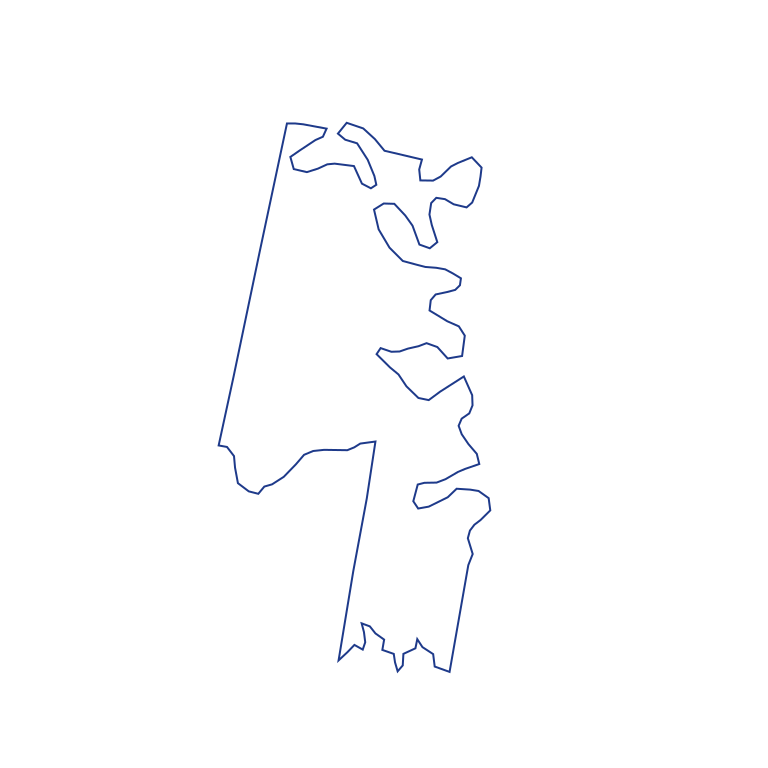 Godoy Moreira, Paraná, Brazil, rotated 139°
{"feature_id": "56859067B87274416555752", "entity_name": "Godoy Moreira", "entity_type": "district", "adm_level": 2, "iso_a3": "BRA", "parent_name": "Brazil", "parent_adm1": "Paraná", "projection": "equal_earth", "projection_center": [-51.924, -24.155], "detail": "fine", "context": "isolated", "style": "outline", "palette": "blue", "viewbox_px": 768, "rotation_deg": 139, "n_neighbors": 0, "source": "geoboundaries", "source_scale": "gbopen_adm2", "svg_char_len": 2122}
<svg xmlns="http://www.w3.org/2000/svg" viewBox="0 0 768 768"><g transform="rotate(139 384 384)"><path d="M208.1,528.5L230.6,559.7L230.2,574.8L232.0,590.5L240.8,605.6L254.5,603.2L253.0,593.8L246.4,583.3L249.2,563.9L254.8,547.3L259.1,539.4L265.5,540.3L269.2,549.7L263.7,568.2L276.7,582.7L282.7,587.0L292.6,589.9L303.2,594.5L311.1,605.4L305.7,616.8L294.0,615.5L275.7,613.1L267.9,610.7L259.8,614.4L274.6,633.0L280.3,639.1L286.3,644.3L390.5,565.8L492.9,488.1L549.1,446.1L543.8,439.5L544.5,428.0L551.3,418.6L559.3,405.0L556.5,391.7L550.9,383.6L541.6,385.1L534.3,381.7L520.6,379.7L503.1,381.2L490.8,383.0L481.4,379.9L472.4,373.6L455.1,358.1L448.0,355.7L441.0,354.6L428.2,346.2L472.1,308.9L530.1,262.8L599.6,205.2L587.4,205.6L577.5,206.5L574.3,197.5L567.6,201.4L561.9,209.9L557.9,218.0L553.7,210.4L554.1,201.4L551.6,191.0L559.7,184.4L553.7,173.9L558.3,166.7L562.2,158.2L554.5,159.3L546.4,167.6L533.7,163.9L526.3,169.6L527.6,160.2L524.1,147.9L531.1,137.5L523.4,123.7L439.2,192.0L428.6,197.5L421.9,212.6L415.3,217.0L408.1,218.5L400.4,218.0L386.7,218.9L379.9,229.2L382.8,241.2L388.3,247.8L397.9,257.3L410.2,256.7L430.7,262.1L439.9,267.6L438.8,276.3L424.5,286.0L418.3,282.9L409.0,275.1L400.0,271.8L385.8,269.1L378.5,266.7L364.6,261.1L359.8,270.4L359.7,283.3L358.3,295.1L355.1,303.5L348.1,306.9L338.9,305.9L331.2,309.8L324.8,317.7L318.8,337.3L346.7,341.4L360.8,342.5L367.2,350.9L368.6,367.5L366.8,381.7L368.6,392.6L370.0,411.4L363.0,413.3L357.3,403.5L350.9,398.3L342.7,395.0L333.2,389.9L325.1,386.9L319.5,376.9L319.2,361.5L306.7,353.9L291.3,367.5L289.7,378.4L295.1,389.9L301.4,409.6L293.7,416.6L286.3,417.7L276.0,412.0L268.5,408.3L261.9,408.7L256.6,413.3L259.5,422.3L262.6,430.4L268.3,437.4L276.0,445.2L281.1,452.6L289.1,464.5L290.4,483.3L286.6,504.2L277.1,522.2L265.8,520.4L258.0,513.2L257.4,497.2L258.6,484.8L265.8,466.0L260.4,456.4L250.7,456.1L243.6,472.7L238.5,482.1L229.7,489.6L222.4,490.2L216.7,483.5L213.5,473.9L205.8,463.1L198.4,463.1L182.4,471.2L175.0,477.3L168.4,483.3L169.0,497.5L183.1,502.3L190.7,504.2L205.1,503.4L213.5,505.3L223.0,513.8L216.7,522.8L208.1,528.5Z" fill="none" stroke="#1e3a8a" stroke-width="2"/></g></svg>